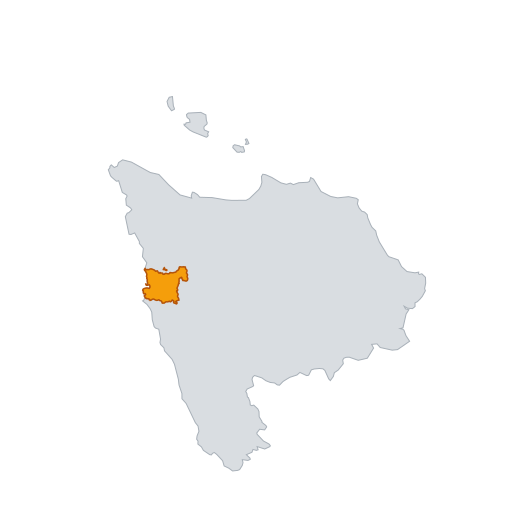 location of Navarra within Spain, rotated 242°
{"feature_id": "ESP-5837", "entity_name": "Navarra", "entity_type": "Autonomous Community", "adm_level": 1, "iso_a3": "ESP", "parent_name": "Spain", "parent_adm1": "", "projection": "albers", "projection_center": [-1.621, 42.607], "detail": "fine", "context": "in_parent", "style": "filled", "palette": "amber", "viewbox_px": 512, "rotation_deg": 242, "n_neighbors": 0, "source": "natural_earth", "source_scale": "10m", "svg_char_len": 8648}
<svg xmlns="http://www.w3.org/2000/svg" viewBox="0 0 512 512"><g transform="rotate(242 256 256)"><path d="M269.6,134.8L269.6,136.1L271.7,138.4L277.9,139.8L279.5,140.8L279.2,144.0L277.7,146.8L279.1,148.1L280.6,148.0L282.4,145.8L282.8,147.2L285.7,148.6L292.0,151.1L296.5,151.4L301.2,156.4L308.7,155.4L315.6,160.1L321.9,158.9L323.4,159.8L333.3,159.7L333.7,155.7L334.8,154.1L352.1,159.1L354.3,162.4L354.0,164.1L355.1,168.0L357.3,167.8L361.8,165.4L367.7,167.9L369.4,170.3L370.6,170.4L374.9,167.8L387.0,170.1L387.3,168.2L388.2,167.6L393.1,165.7L395.1,165.2L401.5,166.1L402.4,168.3L403.7,169.1L404.4,171.0L400.7,172.4L400.5,175.8L403.0,178.5L403.5,183.4L397.4,190.1L379.4,201.8L373.6,208.5L359.8,212.3L345.6,217.6L337.3,226.4L339.5,227.0L342.2,229.8L341.3,231.1L337.6,233.2L334.3,233.9L328.2,244.6L319.7,255.7L316.5,260.7L309.8,273.5L309.8,277.2L313.4,289.8L315.5,293.1L318.3,295.8L323.6,298.1L325.0,300.4L323.2,302.7L318.0,306.8L308.9,312.3L305.0,316.5L304.2,320.6L301.5,322.5L300.6,328.2L296.9,336.1L296.7,338.2L299.6,341.1L296.8,342.9L282.4,343.7L273.5,349.9L269.0,355.4L264.9,365.6L259.9,371.6L257.7,372.7L254.4,370.0L250.1,369.6L246.0,370.4L243.8,372.5L240.4,373.6L237.2,372.6L230.1,371.9L226.9,371.9L221.9,373.5L217.7,372.3L210.5,371.5L195.0,372.4L193.0,373.0L185.8,379.7L178.3,379.5L171.4,382.0L166.5,388.5L165.4,392.1L164.1,391.2L163.1,391.4L162.4,394.1L157.6,395.6L152.4,393.1L148.1,389.6L145.8,389.2L142.3,383.9L140.9,380.5L139.9,376.9L140.0,374.4L136.7,372.7L136.1,369.4L138.8,365.3L142.1,363.2L139.1,363.2L136.8,365.8L134.3,361.3L123.6,352.1L124.3,349.1L122.3,351.3L121.0,351.8L115.3,351.0L108.6,351.6L106.9,337.0L108.9,332.1L116.9,322.7L121.6,321.6L123.7,316.6L119.5,316.6L113.5,306.3L115.9,297.3L122.9,290.8L124.2,288.1L124.5,285.6L123.4,283.7L119.9,282.5L116.7,275.0L116.2,270.4L113.3,267.7L111.1,263.1L113.4,262.5L122.7,263.1L125.0,262.1L126.9,259.2L128.9,254.4L129.5,251.4L126.2,246.8L126.1,245.9L126.7,244.5L132.6,240.1L131.7,236.4L133.0,228.9L132.8,224.5L132.5,220.9L130.9,216.1L132.2,214.3L135.2,212.8L137.7,209.2L141.2,206.2L145.7,203.9L151.2,198.6L150.5,196.0L148.8,194.5L142.6,193.0L142.3,191.9L142.7,185.8L141.2,183.3L138.9,183.4L135.5,182.2L134.6,182.8L130.3,182.3L127.2,181.0L125.9,181.9L125.4,184.0L120.1,185.8L117.2,185.6L112.5,183.3L107.1,183.6L106.4,183.1L101.6,185.2L100.1,185.2L98.4,182.0L101.3,177.9L99.4,173.6L98.0,173.3L89.2,175.7L83.9,179.2L81.9,179.6L81.2,178.8L81.5,173.1L87.2,167.5L83.9,166.9L84.2,165.1L86.6,162.5L84.6,160.3L85.1,154.2L80.3,155.8L79.1,155.4L79.3,152.9L82.6,148.3L79.6,147.5L77.5,145.5L75.1,141.3L75.3,139.2L77.2,134.4L81.4,132.4L85.6,129.3L90.9,130.4L99.2,128.2L102.1,126.9L102.2,124.9L101.3,123.3L102.3,121.9L109.1,118.3L113.1,118.2L117.2,116.4L119.8,117.9L122.1,117.6L124.7,119.4L128.0,123.3L133.1,125.0L137.3,124.2L158.6,125.1L164.7,123.6L169.3,126.0L178.3,127.5L183.7,129.6L198.7,133.2L204.1,133.4L215.2,130.7L218.2,131.6L222.6,130.2L224.7,130.6L227.4,132.7L237.0,135.8L239.6,133.4L241.5,132.9L248.4,134.5L255.4,137.6L259.1,137.8L264.4,137.0L269.6,134.8ZM405.1,260.5L407.8,261.5L410.5,260.3L412.0,260.5L413.5,261.0L414.0,263.3L408.7,274.7L404.1,278.0L399.2,275.9L396.4,275.4L395.5,274.6L394.7,271.0L393.4,270.0L391.5,269.6L387.9,272.5L386.7,270.7L384.9,270.4L384.2,269.3L384.2,267.9L395.1,258.7L398.3,256.6L405.1,254.0L406.2,254.3L405.4,255.7L406.4,256.8L405.1,260.5ZM436.9,253.9L436.0,257.1L427.3,253.5L424.6,253.2L423.8,252.7L423.9,249.6L429.5,248.8L434.2,250.0L436.9,253.9ZM359.5,293.7L358.6,296.0L354.3,295.3L353.4,294.5L354.2,292.0L355.4,291.6L355.4,289.9L356.6,288.0L362.6,286.4L364.0,287.5L364.3,289.3L360.9,293.2L359.5,293.7ZM364.0,302.4L363.4,302.9L358.7,302.6L358.6,301.2L359.5,299.1L361.2,301.1L363.9,301.3L364.0,302.4Z" fill="#d9dde1" stroke="#a8b0b8" stroke-width="1"/><path d="M270.7,138.8L270.8,139.0L271.0,138.9L271.3,138.8L271.9,138.7L272.4,138.5L272.7,138.5L273.2,138.7L273.4,138.9L273.4,139.1L273.3,139.3L273.4,139.6L273.6,140.2L273.7,140.4L274.0,140.6L274.3,140.6L274.6,140.6L274.9,140.4L275.1,140.1L275.3,139.5L275.7,139.2L276.2,139.2L277.0,139.5L278.1,140.1L278.4,140.0L278.7,139.9L279.0,139.9L279.7,140.7L279.8,142.0L279.5,143.4L279.1,144.5L278.8,145.0L277.7,146.2L277.5,146.5L277.9,147.2L278.3,147.8L278.9,148.1L279.6,148.3L280.3,148.3L280.7,148.2L280.9,147.7L281.0,146.8L281.2,146.0L281.6,145.5L282.2,145.3L282.8,145.5L282.3,145.9L282.0,146.4L282.2,146.9L282.6,147.4L283.1,147.7L284.6,148.0L285.5,148.5L286.4,149.1L287.4,149.0L287.6,149.1L288.0,149.4L288.2,149.6L289.1,149.7L289.6,149.8L289.9,150.2L290.8,150.9L291.8,151.2L293.9,151.3L295.9,150.9L296.6,151.2L297.0,152.2L296.3,152.2L295.4,152.7L295.2,153.0L295.1,153.3L295.2,153.5L294.4,154.7L294.3,155.0L294.2,155.3L294.3,155.9L294.1,156.9L293.8,157.5L293.6,157.7L293.2,157.9L293.1,158.1L292.9,158.5L292.3,158.8L291.6,159.4L291.3,159.7L291.0,159.8L289.7,160.2L289.5,160.4L289.5,160.7L289.5,160.9L289.5,161.2L289.3,161.6L289.2,161.9L288.9,162.0L288.4,162.0L288.1,162.0L286.6,162.2L286.4,162.4L286.3,162.6L286.3,162.8L286.3,163.0L286.0,163.1L285.9,163.2L286.0,163.3L286.4,163.5L286.2,163.8L285.5,164.2L285.3,164.5L285.1,164.9L285.0,165.2L284.8,165.3L284.6,165.4L284.4,165.5L283.9,165.3L283.6,165.3L283.4,165.5L283.3,165.8L283.1,166.1L283.0,166.4L282.9,166.7L283.0,166.9L283.0,167.1L283.2,167.3L283.2,167.7L283.1,168.1L282.7,168.7L282.0,169.4L281.4,170.3L281.3,170.9L281.2,171.3L281.2,171.6L281.3,171.8L281.5,171.9L281.7,172.1L281.7,172.3L281.6,172.6L280.8,173.6L280.3,174.4L280.1,174.9L280.0,175.2L280.0,175.5L279.9,176.1L279.8,176.4L279.6,176.9L279.5,177.3L279.5,177.6L279.5,177.8L279.6,178.1L279.8,178.3L279.9,178.5L280.0,178.8L280.0,179.1L280.1,179.8L280.1,180.1L280.1,180.6L280.1,180.8L280.3,181.0L280.6,181.4L280.8,181.6L280.9,181.8L280.9,182.1L281.1,182.3L281.2,182.5L281.4,182.7L281.7,182.7L281.9,182.7L282.1,182.9L282.2,183.2L282.2,183.8L282.0,184.1L281.4,184.9L281.0,185.7L280.6,186.6L280.4,186.8L280.4,187.2L280.1,187.5L279.8,187.8L279.7,188.2L279.5,188.3L279.4,188.4L279.2,188.3L278.7,188.2L277.7,187.9L277.3,188.0L277.2,188.0L276.8,188.2L276.3,188.3L276.0,188.3L275.8,188.3L275.3,188.1L274.9,187.8L274.7,187.6L274.4,187.2L274.2,187.0L274.0,186.9L273.6,186.7L273.1,186.5L272.8,186.6L272.4,186.8L272.1,186.8L271.8,186.8L271.3,186.6L271.1,186.4L270.9,186.2L270.6,185.8L270.4,185.6L270.2,185.5L269.9,185.4L268.9,185.3L268.7,185.3L268.4,185.2L268.2,185.1L267.9,185.1L266.9,184.2L266.7,183.9L266.6,183.5L266.6,183.2L266.6,182.9L266.6,182.7L266.7,182.4L267.8,181.2L268.2,180.8L268.4,180.6L268.5,180.3L268.5,180.1L268.7,179.9L268.9,179.9L269.2,179.9L269.5,180.1L269.8,180.2L270.0,180.1L270.5,179.9L270.8,179.9L271.0,180.0L271.6,180.3L271.9,180.3L272.1,180.2L272.3,180.0L272.3,179.8L272.2,179.6L272.2,179.2L272.2,178.9L272.3,178.7L272.2,178.5L272.0,178.2L272.0,177.4L271.2,176.9L270.7,176.7L269.4,176.0L268.8,175.4L268.5,175.2L268.4,175.2L268.0,175.3L267.8,175.2L267.7,175.0L267.7,174.7L267.7,174.4L267.6,174.2L266.6,173.5L264.7,171.1L263.2,171.1L262.6,170.8L262.2,170.3L262.3,170.2L262.5,170.0L262.6,169.8L262.0,169.3L261.3,169.2L259.5,169.3L259.0,169.3L258.6,169.1L258.3,168.9L258.0,168.4L257.8,168.2L257.0,167.7L256.7,167.6L255.0,167.8L253.9,167.4L253.3,167.3L253.4,166.7L253.7,164.9L253.6,164.2L253.5,163.9L253.4,163.7L253.2,163.7L252.4,164.3L252.2,164.4L251.6,164.1L251.4,164.1L251.2,163.9L251.1,163.7L251.1,163.2L251.5,162.9L252.2,162.3L252.6,162.0L253.1,161.5L253.3,161.4L253.6,161.5L253.8,161.5L254.1,161.7L254.3,162.1L254.5,162.2L254.9,162.2L255.2,162.2L255.4,162.1L256.2,161.6L256.4,161.4L256.4,161.0L256.3,160.8L256.0,160.8L255.9,160.7L255.7,159.3L255.7,159.0L255.9,158.7L256.6,158.4L256.8,158.2L256.8,157.9L256.8,157.3L256.9,156.8L257.2,156.0L257.8,155.1L257.8,154.7L257.8,154.4L257.5,152.9L257.9,152.1L258.0,151.9L258.1,151.6L258.2,151.4L258.5,151.1L258.9,151.1L259.3,151.3L259.6,151.3L260.1,151.3L260.4,151.3L260.6,151.2L260.9,151.1L261.2,150.9L261.7,150.2L261.9,150.1L262.6,149.9L262.8,149.8L263.0,149.6L263.1,149.2L263.1,148.9L263.0,148.7L263.1,148.4L263.2,148.1L263.4,147.6L263.8,147.0L265.1,146.0L265.4,145.9L265.8,145.6L266.1,145.3L266.4,144.5L266.5,144.1L266.4,143.8L266.4,143.6L266.3,143.3L266.3,142.8L266.3,142.5L266.5,141.7L267.1,141.8L267.3,141.7L267.4,141.3L267.5,141.2L267.7,141.3L267.9,141.4L268.2,141.4L268.5,141.2L268.8,140.8L269.2,140.2L269.6,139.5L269.9,139.2L270.1,139.0L270.7,138.8L270.7,138.8ZM287.6,167.8L287.8,167.9L287.9,168.1L287.9,168.5L288.2,168.7L288.5,169.0L288.7,169.5L288.1,169.6L287.6,169.5L287.2,169.4L286.9,169.1L286.9,168.8L287.0,168.4L287.2,168.2L287.5,167.9L287.6,167.8ZM286.1,169.4L286.3,169.5L286.3,169.9L286.1,170.4L285.8,170.7L285.4,170.7L285.2,170.4L285.3,169.9L285.5,169.7L285.9,169.5L286.1,169.4Z" fill="#f59e0b" stroke="#b45309" stroke-width="1.5"/></g></svg>